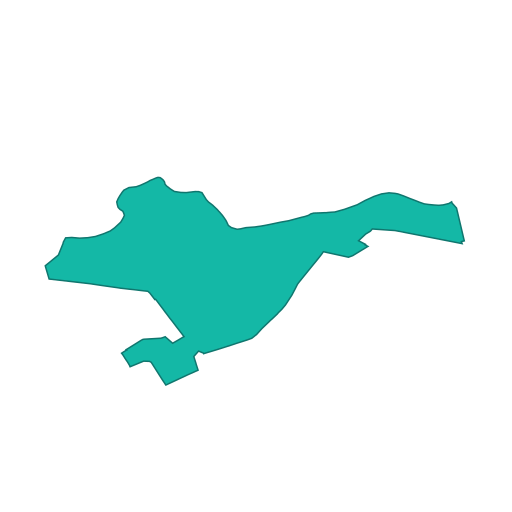 Mazsalaca, Mazsalacas, Latvia, rotated 165°
{"feature_id": "27541924B66896474397363", "entity_name": "Mazsalaca", "entity_type": "district", "adm_level": 2, "iso_a3": "LVA", "parent_name": "Latvia", "parent_adm1": "Mazsalacas", "projection": "natural_earth1", "projection_center": [25.053, 57.863], "detail": "fine", "context": "isolated", "style": "filled", "palette": "teal", "viewbox_px": 512, "rotation_deg": 165, "n_neighbors": 0, "source": "geoboundaries", "source_scale": "gbopen_adm2", "svg_char_len": 3673}
<svg xmlns="http://www.w3.org/2000/svg" viewBox="0 0 512 512"><g transform="rotate(165 256 256)"><path d="M435.2,322.8L438.5,319.3L438.9,318.5L439.0,318.2L446.6,308.1L462.1,301.1L462.1,299.7L461.8,287.3L423.0,272.0L421.9,271.5L411.8,267.1L401.7,262.8L399.8,262.0L397.9,261.2L397.5,261.0L397.0,260.8L395.9,260.3L395.5,260.1L390.9,258.3L387.9,257.1L382.4,255.0L381.4,254.6L375.7,252.3L369.6,249.9L369.0,249.0L368.1,247.6L365.0,240.1L364.2,240.2L363.9,239.5L363.6,238.8L362.5,236.1L361.4,233.3L360.5,231.1L359.6,228.9L358.3,225.5L356.9,222.2L355.5,218.6L353.8,214.7L352.0,210.3L351.2,208.3L349.0,203.1L348.9,202.8L348.8,202.6L348.7,202.3L348.6,202.1L347.8,200.2L347.0,198.2L346.7,197.5L346.4,196.7L347.8,196.4L352.7,195.0L359.1,193.3L363.8,200.3L364.1,200.7L364.4,201.1L364.5,201.3L364.6,201.5L366.9,201.3L369.1,201.2L385.7,204.6L386.8,204.7L387.0,204.7L387.4,204.6L388.3,204.4L389.4,204.1L395.9,202.1L404.8,199.4L405.7,199.2L405.4,198.6L405.7,198.6L405.9,198.5L408.5,197.7L411.0,196.9L410.2,195.0L409.3,192.1L409.2,191.7L409.1,191.4L408.6,189.9L408.1,188.4L407.7,187.4L407.4,186.4L406.9,184.6L406.4,182.8L406.4,182.2L406.3,181.6L405.6,181.7L395.6,183.0L393.3,183.3L391.7,183.5L386.2,181.8L385.5,181.2L384.7,180.4L378.8,161.6L376.5,154.7L375.9,154.8L352.8,158.9L341.5,160.7L341.8,166.8L341.8,168.1L342.1,175.0L339.1,177.0L336.1,179.0L334.0,177.4L331.9,175.8L331.8,175.5L331.8,175.2L330.3,175.3L328.9,175.3L327.3,175.4L325.6,175.4L316.8,175.7L314.3,175.8L312.2,175.9L301.9,176.4L297.1,176.7L292.3,176.9L286.1,177.2L281.4,177.6L278.6,178.8L276.7,179.7L276.1,179.8L272.6,182.1L269.0,184.4L259.2,189.8L259.0,190.0L258.7,190.1L257.7,190.6L256.8,191.0L250.4,194.5L249.6,195.1L248.8,195.6L248.3,195.9L247.8,196.2L247.5,196.3L247.2,196.5L244.9,197.8L240.2,201.1L231.5,208.9L226.6,214.2L223.2,218.0L221.7,219.2L216.5,223.0L205.2,231.2L196.7,237.3L192.3,240.6L189.8,242.7L189.6,242.6L167.0,230.9L162.5,231.3L146.2,236.1L145.4,236.3L147.9,238.7L147.3,239.0L153.0,244.2L144.4,248.8L139.0,250.4L136.7,252.0L115.1,244.6L99.3,236.9L54.5,215.0L53.7,214.6L53.9,216.8L50.9,216.7L50.0,246.7L50.0,247.6L49.9,250.4L52.0,254.6L52.9,256.2L53.0,257.7L56.0,256.8L61.9,256.9L66.1,257.6L66.8,257.8L70.6,259.1L72.5,259.8L76.2,261.2L80.0,262.8L84.7,266.0L85.3,266.5L88.0,268.5L90.5,270.3L92.6,271.8L94.7,273.4L98.0,275.9L102.8,279.2L105.5,280.5L106.3,280.8L111.2,282.6L118.7,283.5L126.7,283.0L130.7,282.3L136.2,281.4L144.9,279.3L153.5,278.6L158.4,278.2L168.5,278.1L171.9,278.8L175.1,279.4L177.2,279.7L178.5,280.1L181.4,280.7L188.7,282.4L189.1,282.5L192.1,282.5L194.8,281.7L198.3,281.5L199.7,281.5L201.8,281.6L203.2,281.6L207.0,281.6L207.5,281.6L214.9,281.6L215.3,281.6L223.2,282.3L228.6,282.6L234.2,282.9L238.8,283.2L243.5,283.6L246.5,284.0L249.3,284.3L249.9,284.4L258.3,286.0L262.5,286.2L263.6,286.2L264.4,286.3L267.3,286.7L272.4,289.8L274.5,292.3L274.8,292.6L275.6,297.1L276.0,298.6L276.7,300.6L277.5,302.8L277.7,303.3L278.1,304.3L279.0,306.1L279.7,307.6L280.5,309.0L281.2,310.5L281.4,310.9L282.7,313.0L284.0,315.1L284.3,315.6L284.5,316.0L285.1,316.8L285.6,317.5L286.7,318.9L287.9,320.4L289.4,323.3L291.8,331.2L294.7,333.0L298.1,334.0L307.0,335.3L312.3,336.9L318.2,339.5L321.5,343.1L322.7,344.8L324.3,346.8L325.3,349.0L325.2,351.1L325.9,353.3L327.1,355.1L328.3,356.5L330.3,357.3L331.3,357.3L332.7,357.2L335.9,356.7L338.6,356.4L341.5,355.6L344.7,355.0L349.6,354.2L353.8,353.9L361.0,355.0L366.6,353.8L368.8,352.2L371.9,349.5L374.3,347.1L376.5,344.3L376.7,341.5L376.6,338.6L375.3,336.2L373.0,333.7L372.7,331.3L372.6,329.3L374.7,326.8L377.9,323.7L385.3,319.8L390.3,317.9L397.8,316.9L406.1,316.4L413.7,317.2L421.8,318.9L429.2,321.6L435.2,322.8Z" fill="#14b8a6" stroke="#0f766e" stroke-width="1.5"/></g></svg>